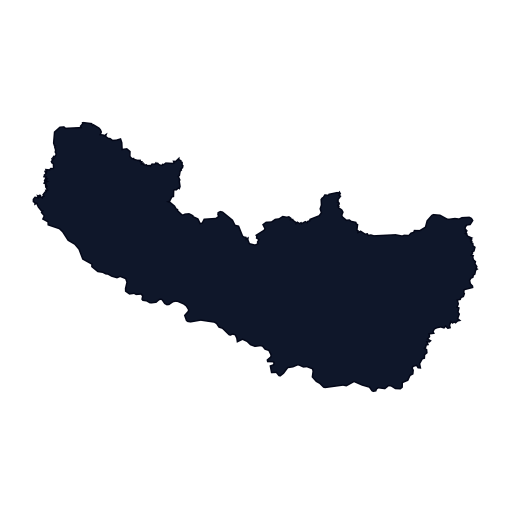 Pichincha, Manabi, Ecuador (Robinson projection), rotated 88°
{"feature_id": "8360857B60959111227770", "entity_name": "Pichincha", "entity_type": "district", "adm_level": 2, "iso_a3": "ECU", "parent_name": "Ecuador", "parent_adm1": "Manabi", "projection": "robinson", "projection_center": [-79.88, -0.896], "detail": "fine", "context": "isolated", "style": "filled", "palette": "ink", "viewbox_px": 512, "rotation_deg": 88, "n_neighbors": 0, "source": "geoboundaries", "source_scale": "gbopen_adm2", "svg_char_len": 6052}
<svg xmlns="http://www.w3.org/2000/svg" viewBox="0 0 512 512"><g transform="rotate(88 256 256)"><path d="M268.6,406.7L268.9,404.5L271.1,400.9L272.8,395.7L271.6,392.5L274.0,387.0L277.7,385.8L283.9,387.5L286.6,387.5L289.5,383.7L289.0,379.1L290.2,377.1L290.0,372.2L291.9,370.6L295.2,371.4L296.3,370.6L297.0,366.8L299.0,363.6L299.1,361.9L298.7,357.5L296.3,354.6L295.8,352.6L296.4,351.3L300.2,348.9L301.5,346.8L301.4,344.7L298.8,340.7L298.3,338.2L298.6,335.7L301.3,330.0L303.4,327.4L307.0,325.3L308.8,325.4L312.9,329.3L318.0,327.7L319.0,326.4L319.5,323.7L318.1,313.5L320.6,299.9L322.1,297.7L325.8,295.4L327.0,292.0L333.7,285.6L334.1,284.4L333.2,282.1L334.0,279.5L337.4,278.0L341.0,277.6L338.7,272.4L341.0,267.8L344.4,264.6L346.2,260.2L345.7,254.8L346.2,252.6L349.4,250.2L350.8,246.4L355.5,244.3L357.4,244.7L360.3,248.3L361.9,248.0L362.2,243.0L363.0,241.6L365.3,242.1L366.4,245.5L373.0,244.5L373.0,239.7L376.3,237.2L376.6,236.0L374.1,232.6L368.6,228.2L368.0,223.0L366.2,218.3L366.4,216.7L368.5,212.5L368.3,209.0L370.7,203.4L373.2,202.9L378.8,203.9L383.4,200.1L385.5,196.6L389.4,193.0L389.8,191.5L388.0,173.5L388.8,170.3L384.8,162.4L388.6,154.5L391.0,147.2L394.7,144.7L395.3,143.5L394.9,141.0L393.1,140.3L391.9,138.3L393.0,131.9L390.1,128.1L390.5,125.4L393.3,121.3L393.7,116.4L392.2,114.5L387.6,114.2L385.5,108.7L380.7,106.3L379.3,103.4L375.6,102.9L373.5,103.9L371.8,103.0L370.8,99.4L373.3,97.9L373.6,95.6L369.3,96.3L364.5,93.4L364.0,91.3L360.5,91.0L358.7,88.6L355.5,88.8L354.1,90.8L353.2,89.7L350.8,89.0L350.5,87.2L347.7,88.3L347.9,85.8L346.8,84.5L344.9,87.6L342.7,85.4L339.9,85.8L339.4,81.0L337.6,81.8L335.1,80.3L334.0,77.8L333.3,73.8L334.4,70.6L332.6,69.0L334.9,66.8L334.4,64.5L331.8,65.0L328.3,63.4L329.8,62.0L328.9,60.2L329.7,58.9L327.9,56.8L327.5,54.6L325.6,56.7L321.1,54.9L319.2,56.2L315.0,55.0L314.2,56.9L310.9,55.5L307.0,56.4L306.5,53.4L304.6,52.6L303.7,50.2L300.9,49.1L299.5,49.7L296.9,49.2L295.0,40.6L293.6,40.7L291.2,42.8L287.9,43.4L285.7,42.1L284.8,40.0L282.6,39.5L281.8,38.0L277.7,37.0L276.8,35.4L276.0,36.5L274.3,35.7L271.4,37.5L269.3,36.9L267.4,38.9L264.6,39.5L263.3,38.9L262.6,41.0L260.5,39.4L259.3,39.9L258.6,38.0L254.9,36.9L253.5,38.8L251.0,38.9L250.0,40.5L248.9,39.8L248.3,40.9L246.9,40.0L246.3,41.3L245.5,39.8L243.5,44.0L241.7,44.6L240.9,45.9L240.6,45.0L240.1,45.5L238.3,44.5L238.1,45.6L237.2,45.2L235.8,46.3L233.8,45.5L232.3,44.0L232.0,40.9L228.1,38.2L226.0,39.4L224.8,41.5L224.9,48.8L226.2,51.7L225.5,55.9L226.1,62.0L225.8,63.8L221.7,70.7L220.9,77.3L221.6,78.8L226.8,83.7L233.1,85.6L236.4,91.5L236.1,96.8L237.9,97.5L238.6,100.3L240.9,102.5L240.5,107.2L241.2,109.2L239.7,115.8L240.0,137.5L239.0,140.5L239.4,143.1L237.7,144.0L238.1,146.1L234.9,150.6L236.1,153.2L234.4,153.1L233.6,154.3L228.2,153.4L227.6,154.6L225.9,155.1L224.7,159.9L223.3,161.4L223.5,164.4L219.9,168.4L218.2,168.9L215.2,167.6L212.9,168.8L210.8,171.7L209.9,172.1L209.2,171.4L208.1,172.4L206.9,171.0L205.7,171.3L205.0,172.6L203.9,171.9L203.0,172.5L199.2,169.5L198.0,171.0L196.7,169.6L195.1,170.4L195.8,170.9L195.5,172.8L196.9,180.9L198.0,181.3L197.4,185.0L199.9,186.7L200.4,187.8L201.8,188.9L207.4,188.8L211.1,190.2L215.0,189.1L218.0,191.4L221.3,200.7L222.8,201.1L223.2,203.0L224.5,203.7L223.4,205.5L225.3,209.2L224.3,209.8L225.2,211.3L223.7,213.5L224.9,214.8L223.9,214.9L221.8,217.7L220.8,218.0L220.8,220.3L219.6,219.8L218.0,221.8L218.4,223.9L217.5,227.9L219.7,231.5L220.1,235.5L222.6,239.3L222.7,244.7L224.9,247.9L229.0,246.0L230.6,247.0L235.3,255.1L236.4,254.4L238.1,254.8L239.7,252.4L242.1,254.0L243.7,253.4L245.1,256.5L243.5,262.2L239.7,263.6L237.8,263.4L239.0,265.2L237.1,265.4L236.6,267.7L235.6,268.8L225.6,272.4L224.6,276.0L219.4,278.3L211.0,287.9L210.4,290.1L211.4,292.3L213.5,292.6L214.9,291.6L217.1,294.7L217.5,306.5L221.3,308.6L221.7,310.7L216.9,312.8L214.4,317.8L213.6,317.7L212.4,319.7L211.5,321.5L211.7,325.4L212.7,327.8L211.9,329.0L208.1,332.8L206.9,332.8L206.2,334.2L203.3,335.7L199.2,340.3L198.7,341.8L198.3,340.5L194.0,338.1L193.6,336.4L187.7,336.0L186.9,335.2L187.1,333.4L185.2,331.1L185.9,330.3L183.9,329.5L178.5,330.1L177.3,329.5L173.7,331.0L172.9,329.8L168.6,328.9L167.5,327.6L166.4,328.0L165.2,326.4L163.2,325.9L162.6,326.7L159.9,326.6L159.3,327.7L158.1,327.8L157.1,329.7L155.8,329.7L158.7,332.9L158.5,335.1L160.1,334.5L160.6,335.9L160.0,342.9L161.5,345.0L161.2,346.2L162.1,346.5L162.1,347.9L161.3,349.9L159.9,351.0L160.1,352.5L159.5,352.8L160.8,354.0L160.5,356.7L162.5,358.2L161.9,358.5L161.9,361.9L161.1,362.3L161.3,364.6L160.1,364.8L160.2,366.4L159.3,366.0L159.6,367.4L157.8,366.8L157.6,368.5L156.4,368.4L156.3,371.1L155.1,374.8L154.3,374.9L154.4,376.6L152.1,378.6L147.2,378.3L144.4,381.4L144.9,386.1L138.1,386.2L134.3,387.3L135.4,391.4L135.5,395.4L133.6,397.7L133.2,399.9L131.1,402.2L129.3,401.5L130.6,403.7L129.8,404.4L129.3,407.5L126.7,406.3L124.5,407.1L122.7,408.5L119.2,413.9L119.9,414.8L118.0,415.6L116.7,423.7L116.8,424.7L118.0,424.7L120.1,426.8L121.6,426.2L121.8,441.9L120.3,443.5L120.5,447.5L125.1,453.0L136.1,454.3L138.9,453.5L139.0,452.7L140.3,453.3L143.2,452.5L145.1,453.0L147.1,452.0L149.8,453.4L149.3,454.5L150.6,455.5L151.6,454.6L152.3,455.4L151.9,456.4L153.4,456.1L154.4,457.2L155.8,456.7L156.5,455.3L160.8,455.2L161.6,455.8L161.4,458.0L162.8,459.3L162.3,462.9L163.5,462.5L164.0,463.9L165.4,463.3L164.7,462.4L166.2,462.7L167.7,464.7L169.1,464.6L169.4,465.7L169.7,462.9L170.8,463.4L171.2,462.3L171.6,463.1L172.4,462.5L172.9,463.7L172.2,464.1L173.1,464.6L174.3,461.7L175.0,463.2L174.4,464.5L175.9,465.2L176.7,462.6L176.9,463.7L178.1,463.0L178.0,463.8L179.6,463.7L179.5,462.7L180.5,463.2L182.8,462.0L183.0,463.8L184.3,463.3L184.7,464.5L187.4,466.7L188.9,465.8L189.5,467.6L190.4,467.6L189.3,470.2L188.4,469.2L187.7,469.8L188.2,471.1L189.0,471.0L188.3,472.1L190.3,471.6L189.6,474.8L191.6,476.5L193.9,476.6L195.0,475.0L196.5,475.1L195.6,473.3L199.4,471.8L203.3,468.9L203.4,467.6L205.1,468.8L208.4,466.1L211.6,467.7L214.6,462.6L217.6,462.6L221.8,451.5L225.1,448.3L233.7,443.2L237.9,436.6L243.0,432.6L253.0,429.2L258.4,420.2L260.9,420.4L266.0,414.6L266.9,409.7L268.6,406.7Z" fill="#0f172a" stroke="#020617" stroke-width="1.5"/></g></svg>